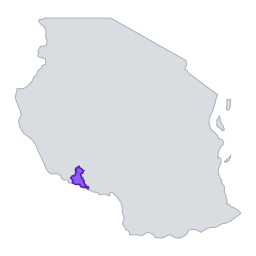 Momba, Mbeya, United Republic of Tanzania shown in context
{"feature_id": "72390352B95240342657452", "entity_name": "Momba", "entity_type": "district", "adm_level": 2, "iso_a3": "TZA", "parent_name": "United Republic of Tanzania", "parent_adm1": "Mbeya", "projection": "orthographic", "projection_center": [32.491, -8.789], "detail": "fine", "context": "in_parent", "style": "filled", "palette": "violet", "viewbox_px": 256, "rotation_deg": 0, "n_neighbors": 0, "source": "geoboundaries", "source_scale": "gbopen_adm2", "svg_char_len": 6698}
<svg xmlns="http://www.w3.org/2000/svg" viewBox="0 0 256 256"><path d="M88.8,190.2L85.5,188.4L82.5,187.3L80.1,186.1L79.0,185.0L76.7,184.5L74.7,184.4L72.8,183.3L69.0,182.9L68.6,182.2L68.5,180.6L67.9,180.2L66.5,179.8L65.0,179.8L64.1,180.0L63.6,179.9L62.3,179.0L61.2,177.8L60.7,175.9L59.0,174.7L57.0,173.7L51.4,173.9L50.5,173.6L49.2,172.6L47.7,171.0L46.4,169.2L45.3,166.8L44.2,163.5L37.7,150.3L37.0,147.8L35.8,145.0L33.7,141.6L31.5,139.1L28.6,136.8L25.2,134.6L23.4,133.1L19.9,126.9L19.2,124.0L18.7,120.9L18.9,119.7L21.0,115.8L21.2,114.7L21.0,113.3L19.9,110.2L18.5,106.4L15.8,99.6L15.4,97.9L15.4,96.6L17.0,89.6L16.9,88.7L23.4,88.7L28.1,85.7L32.1,81.1L33.0,79.2L34.6,76.3L36.2,74.8L36.9,73.8L37.8,70.9L39.9,68.9L42.0,67.4L41.6,66.3L41.9,65.9L43.1,65.2L45.3,64.4L45.7,62.9L45.7,61.2L45.3,60.2L45.4,59.1L45.1,58.5L43.6,58.4L41.5,57.5L39.6,57.2L38.4,56.7L37.9,56.3L37.8,55.3L38.8,52.6L37.8,51.6L40.0,47.1L40.4,46.6L41.2,46.5L42.5,46.1L43.7,45.8L44.7,46.0L45.4,45.8L46.0,45.3L46.6,43.8L47.0,41.3L46.8,39.3L45.8,37.8L45.6,35.4L46.0,32.2L45.7,29.5L44.7,27.4L43.6,26.1L42.0,25.5L39.4,22.3L38.7,20.7L38.8,19.8L39.7,19.3L41.3,19.5L42.8,19.1L44.2,18.2L45.6,17.9L46.3,18.1L110.7,18.1L185.7,60.4L186.0,60.9L186.6,64.5L186.4,65.7L185.3,67.8L184.9,68.9L184.9,69.6L185.2,69.9L186.2,70.1L187.0,70.6L187.3,70.9L187.9,72.5L188.7,73.3L217.0,94.3L217.6,94.6L217.2,96.3L215.5,100.5L215.4,102.2L214.8,104.3L214.2,105.6L212.5,111.5L211.1,113.6L209.2,118.8L208.8,122.7L209.8,125.5L210.2,128.1L212.3,130.7L214.0,131.6L215.2,132.8L217.3,135.5L218.4,138.2L222.1,139.5L223.6,142.6L223.0,144.6L221.3,146.3L219.6,149.0L218.2,152.6L218.1,158.1L219.0,157.3L221.0,158.7L221.1,162.8L219.0,167.5L218.4,169.7L218.2,171.6L219.6,177.3L221.8,180.3L221.6,181.2L221.0,181.9L224.7,187.1L224.3,191.6L225.7,195.1L226.2,198.1L227.1,200.4L227.3,202.0L226.1,203.7L228.8,204.2L230.4,205.7L231.2,207.1L233.2,207.1L234.3,208.0L235.8,208.9L239.2,211.2L240.1,212.4L240.6,213.6L231.0,220.7L227.5,222.5L225.0,223.3L222.4,223.7L219.9,224.8L217.5,226.6L214.4,227.5L210.8,227.4L206.9,228.6L200.7,232.3L197.2,230.1L194.5,229.4L191.3,229.5L189.3,229.7L188.6,230.1L188.0,231.4L187.4,233.5L185.3,235.5L181.6,237.4L178.2,238.1L175.1,237.5L173.0,236.7L172.0,235.6L170.4,235.0L168.2,235.1L166.2,235.9L164.2,237.4L161.1,238.0L156.8,237.7L154.5,237.0L154.2,235.7L152.4,234.2L148.9,232.5L146.4,232.4L144.8,234.0L143.3,235.0L141.9,235.5L140.7,235.5L139.0,235.0L134.3,234.8L129.8,234.9L129.4,232.5L128.4,231.1L127.6,230.2L126.1,230.0L125.7,229.3L125.2,227.9L124.4,226.6L123.4,225.6L122.8,224.6L122.6,223.7L122.8,222.8L123.7,220.4L124.0,218.7L123.9,217.0L123.4,215.3L122.4,213.2L122.5,212.6L122.2,211.2L122.1,210.2L122.3,209.0L122.2,207.4L121.2,203.9L121.3,203.0L120.3,201.4L117.3,197.4L117.2,196.9L112.5,192.9L110.6,192.0L109.9,192.8L109.7,193.4L109.9,194.7L109.8,195.4L109.6,195.6L108.4,195.6L107.7,195.4L106.0,194.4L104.6,194.1L101.1,194.3L99.9,194.5L99.0,194.3L97.2,192.5L95.0,192.1L93.1,192.0L89.9,189.9L88.8,190.2ZM222.8,125.1L224.3,129.5L224.1,130.3L223.0,130.8L222.4,130.8L221.8,130.1L221.3,128.6L220.5,129.0L219.1,127.2L217.7,127.1L216.5,124.9L217.0,123.1L216.7,120.0L218.3,118.4L219.1,115.8L220.1,117.6L220.3,120.5L221.6,123.9L222.8,125.1ZM230.6,99.2L230.7,100.3L230.4,101.2L230.4,104.3L230.3,106.4L229.1,109.2L228.1,110.2L227.3,109.9L226.6,109.4L226.1,108.6L227.2,103.4L226.7,99.6L228.9,100.0L230.6,99.2ZM226.6,162.2L225.5,162.4L225.1,162.2L224.4,161.3L225.6,160.6L226.8,159.2L229.4,157.2L230.7,155.5L230.5,157.1L228.9,160.7L227.7,160.9L226.6,162.2Z" fill="#d9dde1" stroke="#a8b0b8" stroke-width="1"/><path d="M72.5,182.5L72.5,182.9L73.0,183.1L73.4,182.9L74.1,183.6L75.2,184.4L77.5,184.4L79.0,184.2L79.2,184.4L79.4,184.5L80.2,184.8L80.0,185.3L80.4,185.8L81.2,187.0L81.8,186.8L82.7,187.1L83.3,187.4L84.6,187.5L85.0,187.5L85.0,187.4L85.0,187.0L85.0,186.6L85.3,186.8L85.6,187.0L86.1,187.1L87.0,187.6L87.2,187.9L87.4,188.1L87.3,188.5L87.9,188.7L88.0,188.7L88.1,188.4L88.4,188.3L88.5,188.3L88.7,187.6L88.5,187.4L88.2,187.4L88.1,186.9L88.0,186.6L87.8,186.7L87.7,186.8L87.4,186.8L87.2,186.7L86.9,186.7L86.6,186.4L86.4,186.2L86.3,185.9L86.2,185.9L85.9,185.7L85.9,185.8L85.8,185.7L85.7,185.6L85.8,185.4L85.7,185.4L85.6,185.2L85.5,184.9L85.4,184.7L85.2,184.6L85.2,184.4L85.1,184.2L84.9,184.1L84.8,183.9L84.7,183.8L84.5,183.6L84.4,183.5L84.4,183.4L84.3,183.2L84.2,183.1L84.1,182.9L83.9,182.7L84.0,182.5L84.0,182.4L84.0,182.2L83.9,182.1L83.8,181.9L83.5,181.9L83.4,181.6L83.5,181.5L83.7,181.4L83.9,181.3L84.2,181.0L84.2,180.9L84.0,180.6L83.9,180.4L83.9,180.5L83.5,180.0L83.4,180.0L83.4,179.9L82.9,179.1L82.7,178.9L82.6,178.7L82.4,178.5L82.4,178.4L82.2,178.3L82.3,178.2L82.2,178.2L82.1,177.9L82.0,178.0L82.0,177.9L81.9,177.9L81.7,177.9L81.5,177.5L81.5,177.3L81.5,177.2L81.5,176.9L81.3,176.5L81.3,176.1L81.1,175.9L81.1,175.7L80.9,175.6L80.8,175.3L80.7,175.0L80.7,174.6L80.5,174.3L80.5,174.0L80.4,173.8L80.4,173.7L81.2,173.5L81.5,173.4L82.0,173.4L82.3,173.5L82.5,173.4L82.5,173.2L82.6,172.9L82.8,172.8L82.9,172.7L82.9,172.4L82.9,172.2L83.0,172.0L83.0,171.9L83.1,171.7L83.3,171.5L83.3,171.4L83.5,171.0L83.6,170.9L83.4,170.9L83.2,170.8L82.8,170.6L82.7,170.5L82.6,170.4L82.4,170.1L82.4,169.8L82.5,169.7L82.4,169.6L82.2,169.4L81.9,169.2L81.7,169.0L81.3,168.6L81.2,168.5L80.9,168.4L80.7,168.4L80.3,168.1L80.0,167.8L79.9,167.8L79.9,167.7L79.7,167.6L79.7,167.4L79.5,167.2L79.3,167.0L79.3,166.9L79.2,166.9L79.2,166.6L79.3,166.6L79.3,166.4L79.2,166.4L79.2,166.2L79.2,166.3L79.0,166.2L78.8,166.3L78.8,166.5L78.7,166.5L78.6,166.9L78.5,167.0L78.3,167.1L78.2,167.3L78.0,167.5L77.9,167.8L77.7,167.7L77.4,167.4L77.3,167.6L77.1,167.6L76.9,167.5L76.9,167.4L76.8,167.6L76.7,167.6L76.4,167.7L76.4,167.8L76.4,168.2L76.2,168.1L76.1,168.3L76.0,168.5L75.8,168.7L75.8,168.9L75.7,168.9L75.6,169.2L75.6,169.3L75.7,169.5L75.8,169.5L75.8,169.8L75.8,170.1L75.6,170.3L75.5,170.2L75.5,170.3L75.8,170.3L75.7,170.4L75.8,170.6L75.7,170.6L75.8,170.8L75.8,170.7L75.9,170.9L75.9,171.0L76.0,171.0L76.0,170.9L76.2,171.0L76.1,171.3L76.3,171.4L76.2,171.4L76.2,171.5L76.3,171.5L76.5,171.7L76.3,171.9L76.2,172.0L76.3,172.1L76.2,172.1L76.3,172.2L76.3,172.3L76.2,172.3L76.1,172.5L76.2,172.4L76.2,172.5L76.1,172.8L76.1,173.0L75.9,173.2L75.8,173.3L75.7,173.4L75.6,173.5L75.3,173.8L75.4,174.3L75.3,174.7L75.3,174.8L75.1,174.8L75.1,175.0L74.9,175.4L74.8,175.5L74.7,175.7L74.5,175.8L73.9,175.9L73.7,175.7L73.1,175.6L72.9,175.6L72.5,175.7L72.2,175.9L72.1,176.2L71.8,176.4L71.7,176.6L71.8,176.6L71.6,176.9L71.3,177.2L71.0,177.5L70.9,177.6L70.6,177.7L70.6,177.8L70.7,178.1L71.2,178.3L71.3,178.4L71.4,178.5L71.5,178.5L71.8,178.8L71.7,179.0L71.8,179.5L72.0,179.6L72.2,179.8L72.9,180.3L73.1,180.6L72.7,180.8L72.6,181.2L72.5,181.3L72.4,181.6L72.4,181.8L72.4,182.2L72.5,182.5Z" fill="#8b5cf6" stroke="#5b21b6" stroke-width="1.5"/></svg>